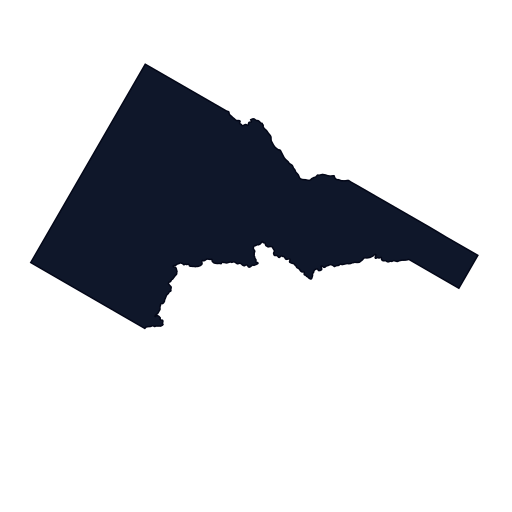 SVG path tracing the border of Idaho, rotated 120°
{"feature_id": "USA-3518", "entity_name": "Idaho", "entity_type": "State", "adm_level": 1, "iso_a3": "USA", "parent_name": "United States of America", "parent_adm1": "", "projection": "mercator", "projection_center": [-114.383, 45.496], "detail": "fine", "context": "isolated", "style": "filled", "palette": "ink", "viewbox_px": 512, "rotation_deg": 120, "n_neighbors": 0, "source": "natural_earth", "source_scale": "10m", "svg_char_len": 6156}
<svg xmlns="http://www.w3.org/2000/svg" viewBox="0 0 512 512"><g transform="rotate(120 256 256)"><path d="M144.5,64.2L182.5,64.2L182.5,121.5L182.9,122.4L183.8,123.2L184.9,124.6L186.8,127.7L188.7,129.8L189.9,130.6L190.3,131.4L191.0,134.2L191.2,134.5L191.5,134.8L192.8,135.7L193.3,137.0L193.5,137.3L194.6,138.1L195.1,138.8L195.3,139.6L195.2,141.0L195.3,141.5L196.4,143.2L196.7,144.3L196.3,145.4L194.7,146.6L194.6,146.8L194.6,147.0L196.2,148.4L196.4,149.0L196.7,150.2L198.0,151.0L198.2,151.4L197.9,151.9L197.5,152.2L195.3,152.5L194.9,153.0L194.9,153.5L195.2,153.8L195.8,154.1L197.3,154.6L200.2,156.5L201.8,158.4L202.4,159.3L203.1,160.8L203.6,161.3L204.2,161.6L206.1,161.9L209.6,163.3L209.9,163.6L210.7,164.6L211.6,166.3L212.0,167.4L212.9,168.1L213.8,169.3L215.3,170.4L216.4,171.9L216.9,173.3L220.4,177.1L220.7,178.7L221.2,179.1L222.8,179.7L224.3,181.7L225.9,182.8L225.9,183.1L225.7,184.4L225.7,185.4L226.0,186.6L226.3,187.4L226.9,187.9L228.1,188.7L229.5,190.1L231.2,190.7L231.7,191.2L231.9,191.9L231.6,193.9L231.9,194.4L232.3,194.5L232.8,194.3L233.7,193.2L234.5,192.5L235.1,192.4L235.6,192.6L236.6,193.3L237.2,194.2L237.3,194.6L237.2,194.9L236.6,195.9L236.5,196.2L236.7,196.8L237.4,197.5L238.3,198.1L239.3,198.4L240.4,198.3L241.6,197.9L242.5,198.2L243.1,198.2L244.7,197.2L247.3,196.6L247.9,196.6L248.5,196.9L248.7,197.6L248.7,199.0L248.2,200.9L248.3,201.8L248.3,202.1L247.9,202.9L247.8,203.4L248.1,204.5L248.0,204.8L247.7,205.2L246.0,206.0L245.7,206.5L246.8,208.1L246.8,209.1L246.7,209.8L245.8,211.7L245.6,212.3L245.5,213.0L245.6,214.4L245.5,215.0L244.6,216.5L244.4,217.1L244.3,218.0L243.7,219.3L244.3,221.2L244.5,223.0L244.5,223.7L244.2,224.1L243.9,224.2L242.1,224.6L241.9,224.9L241.8,225.4L242.0,226.0L243.5,227.7L243.8,228.2L243.7,229.1L242.8,230.6L242.6,231.2L242.7,231.9L243.0,232.5L243.0,232.9L242.9,233.5L243.0,233.9L243.4,234.2L245.6,235.1L245.8,235.8L245.2,237.2L245.2,238.1L245.4,238.7L246.2,240.0L246.2,240.4L246.0,241.0L244.9,242.1L244.3,242.3L242.7,242.4L242.1,242.8L240.7,245.4L240.0,246.2L240.0,246.9L240.3,247.4L240.6,248.4L241.8,249.7L242.1,250.1L242.1,250.5L242.0,251.0L242.1,251.9L242.0,252.7L241.3,253.6L240.4,254.5L240.3,254.8L240.4,255.1L240.8,256.3L240.6,256.9L240.2,257.6L240.2,257.8L240.3,258.0L241.6,258.0L243.8,258.5L245.1,259.5L245.3,259.8L245.4,260.4L245.7,260.7L247.4,261.7L247.7,262.3L248.0,262.5L249.2,262.7L249.7,262.6L251.3,261.7L252.0,260.0L252.6,259.4L253.1,259.2L254.1,259.2L255.2,258.5L256.9,257.7L257.4,256.7L258.5,255.9L259.2,254.3L259.6,253.9L261.2,253.3L261.2,252.8L261.0,251.9L261.0,251.3L261.1,250.8L261.5,250.6L262.7,251.2L265.1,253.1L265.3,253.6L265.3,254.2L265.6,254.5L268.0,255.5L268.6,255.8L269.0,256.2L269.2,256.9L269.2,257.1L268.7,258.1L268.5,258.8L268.4,259.8L268.5,260.1L268.8,260.4L270.0,260.9L270.4,261.3L270.5,261.7L270.6,263.0L270.5,263.6L270.2,264.5L270.1,265.1L270.4,266.3L270.5,266.7L271.6,267.6L272.1,268.3L271.9,271.3L272.0,272.2L273.7,273.9L273.9,275.1L274.1,275.4L276.7,277.9L277.0,278.7L277.3,279.8L277.8,280.7L278.0,282.0L278.5,282.3L279.8,282.3L280.1,282.4L280.3,282.8L280.7,284.0L281.9,285.8L282.7,287.8L283.0,289.0L282.6,291.0L282.1,291.6L281.2,292.1L281.0,292.6L282.1,294.4L282.8,296.4L283.6,297.3L285.4,298.1L286.3,298.8L286.5,299.9L286.7,300.2L287.0,300.3L288.1,300.1L289.4,299.0L289.9,298.8L290.5,298.8L291.4,299.1L292.4,299.6L294.1,301.1L294.7,302.2L295.6,303.2L296.0,304.5L296.6,305.4L297.0,306.4L297.7,307.8L297.8,308.7L297.0,309.6L296.8,310.1L297.0,310.6L298.1,311.8L298.2,312.3L298.2,312.9L298.4,313.2L299.4,313.8L299.6,314.0L299.7,314.3L299.2,316.1L299.6,317.0L299.7,317.9L299.8,318.2L301.1,318.9L302.2,320.1L304.4,321.0L305.4,322.5L305.7,322.6L306.0,322.7L306.6,322.3L306.8,322.1L306.8,321.8L306.1,320.3L306.1,320.0L306.3,319.5L306.6,319.0L309.0,316.6L310.1,316.4L311.0,315.8L311.8,315.7L313.1,316.1L317.8,316.7L318.6,317.3L320.4,317.2L321.2,317.4L322.1,318.2L322.9,318.3L323.5,318.1L324.0,317.6L324.7,315.8L325.0,314.5L325.3,314.0L325.9,313.6L327.8,313.0L328.6,312.3L328.9,312.3L329.5,312.6L330.3,313.2L332.3,313.2L334.7,313.9L338.4,313.3L339.0,313.3L339.7,313.2L340.6,312.8L341.2,312.6L342.9,312.7L343.9,313.1L344.2,313.4L344.7,314.3L345.2,314.5L345.6,314.5L346.7,314.0L348.1,313.8L350.1,312.5L350.6,312.4L354.8,312.4L355.3,312.5L357.2,313.5L358.6,313.4L358.8,313.2L358.7,312.8L357.4,312.2L357.1,311.9L356.9,311.5L356.8,310.3L356.9,309.7L357.2,308.8L357.3,308.3L357.6,307.9L358.6,307.5L358.9,307.1L359.0,306.1L358.4,305.0L358.5,304.5L359.4,303.8L361.0,303.4L361.8,302.3L362.6,302.4L364.4,303.5L364.8,304.4L366.3,306.9L366.6,307.6L367.7,308.4L367.8,308.8L367.9,310.2L368.2,310.9L369.7,312.0L370.2,312.7L370.9,313.8L372.0,315.2L372.6,315.7L374.3,316.1L374.3,447.8L145.3,447.8L145.2,354.3L145.0,353.2L144.7,351.9L145.3,351.1L146.2,350.4L146.6,349.7L147.1,348.5L147.2,347.2L147.7,345.5L148.0,343.3L148.4,341.9L148.5,341.3L148.2,340.2L147.2,338.4L147.1,337.5L147.5,337.0L148.6,336.9L149.0,336.8L149.3,336.2L149.5,335.6L149.5,334.4L150.1,333.4L149.9,332.9L149.1,332.1L147.6,331.1L147.4,330.9L147.1,330.1L147.1,328.9L147.0,328.5L146.5,328.3L144.3,328.9L143.5,328.7L142.6,327.3L142.1,327.2L141.6,327.4L140.6,328.7L139.1,327.6L138.5,326.9L138.2,325.9L138.5,324.1L138.4,323.4L137.9,322.3L137.7,321.7L137.8,320.4L138.5,318.4L138.1,317.0L138.9,316.0L139.0,315.3L139.4,315.0L140.2,314.7L140.7,314.0L141.3,313.1L141.6,312.1L142.0,310.0L142.4,308.9L143.4,306.9L144.4,304.2L144.8,303.4L145.5,302.5L147.9,301.0L148.6,300.4L149.1,299.7L151.2,296.3L152.1,294.4L152.4,293.4L152.8,290.8L152.8,289.7L152.4,288.8L152.3,288.2L152.4,287.6L156.8,280.8L157.6,278.7L158.3,275.3L159.2,273.5L159.3,271.2L159.4,270.1L159.9,269.1L161.2,267.5L161.8,265.7L163.6,263.3L164.0,261.6L164.7,259.8L166.0,258.1L166.6,257.3L166.9,256.2L166.8,255.1L166.5,253.9L165.2,251.3L164.5,249.0L164.0,247.9L163.5,247.3L162.9,246.8L161.3,246.5L159.1,245.1L157.9,243.8L155.2,243.2L154.4,241.6L152.1,239.2L151.0,236.1L150.7,234.4L149.7,231.7L147.7,229.0L147.5,228.5L148.6,227.2L149.1,226.4L149.4,225.3L149.4,224.1L148.6,222.6L148.2,219.9L147.6,218.7L146.4,216.5L144.5,214.1L144.3,213.3L144.4,212.3L144.5,210.7L144.4,200.7L144.4,181.9L144.3,118.5L144.6,101.0L144.5,64.2Z" fill="#0f172a" stroke="#020617" stroke-width="1.5"/></g></svg>